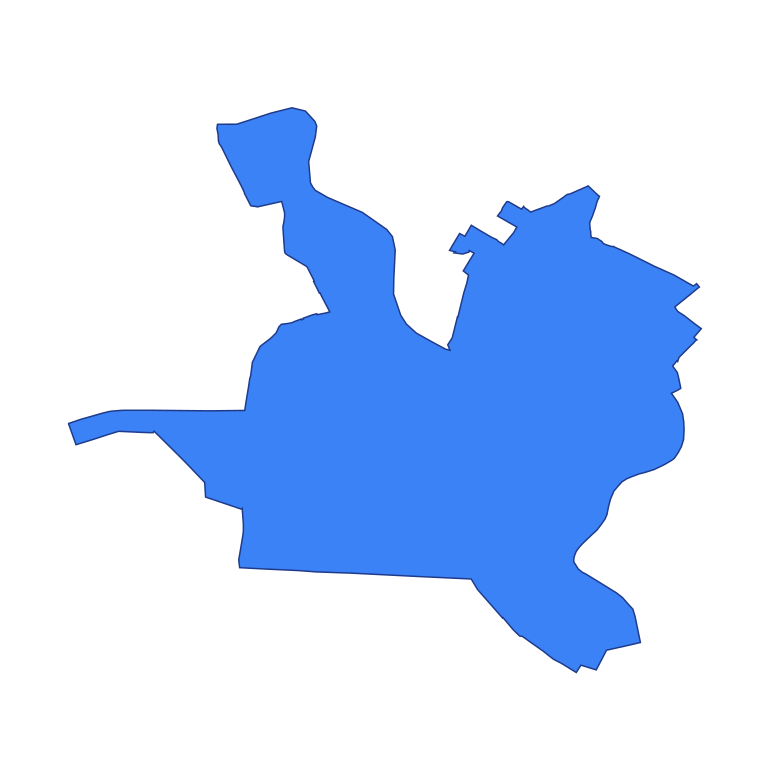 Lubāna, Lubanas, Latvia, rotated 97°
{"feature_id": "27541924B15535016955578", "entity_name": "Lubāna", "entity_type": "district", "adm_level": 2, "iso_a3": "LVA", "parent_name": "Latvia", "parent_adm1": "Lubanas", "projection": "albers", "projection_center": [26.715, 56.896], "detail": "fine", "context": "isolated", "style": "filled", "palette": "blue", "viewbox_px": 768, "rotation_deg": 97, "n_neighbors": 0, "source": "geoboundaries", "source_scale": "gbopen_adm2", "svg_char_len": 4723}
<svg xmlns="http://www.w3.org/2000/svg" viewBox="0 0 768 768"><g transform="rotate(97 384 384)"><path d="M146.5,580.9L150.6,581.0L156.5,579.1L163.1,577.9L165.6,576.8L168.8,574.0L187.2,562.0L198.8,553.9L205.7,549.2L211.0,545.9L211.7,545.8L223.0,538.2L223.4,537.7L223.5,531.9L223.7,531.4L215.3,507.8L225.8,503.7L228.5,503.2L232.2,503.0L238.3,503.3L239.5,503.5L242.2,503.2L263.7,499.0L265.2,498.6L266.0,498.2L266.5,497.7L267.9,495.2L276.4,475.9L277.3,474.5L290.4,465.7L290.8,466.4L301.7,459.2L301.4,458.6L305.0,456.3L315.8,448.8L319.0,446.6L320.6,450.4L323.4,458.8L322.5,459.2L323.9,463.1L328.6,472.3L329.4,471.9L330.4,473.7L329.6,474.1L332.7,480.1L334.6,483.3L336.0,488.2L337.2,493.1L340.1,495.3L342.1,495.9L344.2,496.5L345.4,497.0L346.7,497.5L347.6,498.2L348.5,498.9L349.6,499.8L350.8,500.7L353.4,503.0L360.3,510.1L362.1,511.7L369.2,514.1L378.6,517.3L385.4,517.3L392.4,517.4L395.0,517.9L403.1,518.1L412.3,518.5L422.5,518.9L425.1,518.9L427.3,519.0L427.6,521.8L430.4,542.7L431.9,553.8L438.8,614.9L441.8,639.1L442.5,643.1L444.2,651.3L445.0,654.1L445.5,655.2L446.2,657.1L447.3,660.0L455.8,680.2L461.6,692.2L462.2,692.1L481.4,682.5L481.8,682.3L473.1,663.0L468.1,652.4L463.3,641.6L461.7,620.6L460.8,610.0L460.4,607.2L458.9,606.4L479.7,579.5L486.2,571.2L499.2,555.3L499.5,555.0L503.5,550.0L518.0,547.3L525.6,510.3L524.7,509.6L539.7,506.6L546.8,505.7L550.9,505.6L571.1,506.5L576.2,506.8L583.9,504.9L582.0,477.5L580.2,454.3L579.5,444.5L579.5,443.7L578.8,429.2L578.8,428.9L576.3,399.8L575.8,395.3L575.8,394.6L570.8,325.4L566.9,273.7L576.7,266.0L601.9,237.7L601.4,237.4L612.0,226.0L617.6,218.7L617.7,215.8L623.1,205.9L628.4,196.0L629.5,193.9L630.7,191.9L634.1,186.4L636.7,181.9L639.5,174.2L646.5,158.9L646.9,158.0L639.1,154.3L639.2,153.6L641.9,138.5L621.1,130.7L612.5,106.6L609.3,98.0L584.1,106.5L577.1,109.6L572.8,114.7L566.9,121.3L563.0,127.8L548.3,159.8L546.6,164.4L544.0,168.6L540.4,171.5L537.5,174.0L534.0,174.3L530.8,173.9L526.7,172.8L523.0,170.8L518.4,167.6L513.5,163.6L508.6,159.6L503.1,154.9L497.0,151.3L491.0,148.1L486.4,146.8L478.3,146.2L470.8,145.2L462.3,142.8L457.2,139.5L452.0,135.8L448.5,131.6L445.8,126.8L442.3,120.2L439.8,113.8L435.9,105.3L429.4,95.3L424.7,89.2L422.6,86.9L416.7,83.8L409.9,81.2L402.8,79.9L392.6,80.6L384.9,81.9L377.3,84.0L366.4,90.2L358.2,97.6L356.1,94.4L354.0,91.2L352.1,88.9L342.0,92.3L339.4,93.3L336.8,94.3L331.0,99.7L328.2,97.9L325.3,96.2L325.6,95.7L325.9,95.3L321.6,94.4L308.4,84.1L305.5,81.7L302.7,79.9L302.4,79.4L302.1,78.9L301.6,79.7L301.0,80.6L300.5,81.3L300.0,82.1L299.6,81.9L291.3,76.4L290.4,75.8L286.2,83.3L279.3,94.8L277.8,98.0L276.3,101.1L276.1,101.4L275.8,101.7L274.7,102.6L273.6,103.5L272.8,104.1L272.1,104.7L271.8,104.5L271.5,104.2L266.7,99.6L261.9,94.9L260.1,93.2L258.3,91.4L258.1,91.2L257.9,91.0L255.4,88.7L252.9,86.3L251.5,85.0L250.1,83.6L249.7,83.2L249.3,82.8L247.8,84.4L246.3,86.0L249.1,88.7L246.2,95.8L240.4,109.7L234.1,130.3L230.3,140.9L225.4,154.8L224.9,156.2L223.2,161.6L223.1,161.9L222.0,165.4L220.1,171.7L219.5,172.7L219.6,173.5L219.8,174.8L218.9,179.6L218.1,182.8L217.0,184.3L216.1,185.0L215.9,185.2L214.7,187.9L214.3,188.6L213.8,189.4L213.5,190.5L213.4,194.0L213.3,196.2L212.6,196.4L209.0,197.3L208.6,197.2L207.8,197.3L205.7,198.1L201.2,199.1L199.4,199.4L197.9,199.3L196.8,199.0L194.6,198.3L190.4,197.2L186.9,196.5L184.0,195.8L182.3,195.5L180.1,195.2L178.4,195.0L175.4,194.3L173.3,193.5L172.4,193.3L171.4,193.0L170.6,194.6L169.6,195.9L168.8,197.0L168.0,198.1L166.9,199.5L165.9,200.9L164.2,203.2L162.5,205.5L164.2,208.2L165.8,211.0L167.1,213.1L168.3,215.2L170.6,219.0L172.8,222.8L173.6,225.4L176.5,228.4L181.0,233.4L184.2,236.9L187.4,242.7L187.5,243.5L187.6,244.2L188.9,246.6L193.8,256.2L195.0,258.3L195.5,259.2L193.0,263.8L191.6,266.4L190.7,267.0L192.3,268.0L193.7,268.8L187.9,282.6L188.0,284.3L193.0,287.0L194.6,287.8L198.1,288.6L199.8,289.8L201.6,290.8L203.4,291.8L212.0,271.3L214.8,272.5L217.7,273.6L229.0,280.8L229.6,281.2L231.4,282.1L230.7,283.1L228.7,287.6L226.9,290.0L226.0,292.9L225.0,295.8L222.6,301.3L221.5,303.9L220.4,306.5L218.1,311.6L215.8,316.7L217.2,317.3L225.9,321.0L227.0,321.5L227.5,321.7L227.2,322.4L226.0,325.9L225.4,327.3L225.9,327.5L238.7,333.2L243.4,335.2L244.1,329.4L245.3,330.5L245.4,321.7L242.7,315.7L241.1,315.7L243.2,310.6L244.0,310.9L250.3,313.8L262.1,319.1L264.3,315.5L265.6,313.4L268.7,313.7L273.8,314.1L283.7,315.9L308.5,318.8L308.4,319.3L329.8,321.9L337.3,325.5L342.5,322.6L341.9,327.2L336.4,341.3L329.6,358.0L321.8,369.1L313.7,375.8L293.5,385.5L278.4,387.1L249.6,389.2L236.7,393.6L230.3,400.1L216.3,426.4L205.8,462.5L200.1,475.9L197.1,478.8L193.3,481.5L172.3,485.9L147.5,482.3L136.3,482.2L131.9,484.5L122.7,495.2L122.2,499.1L121.1,509.1L129.0,529.5L144.1,561.8L146.5,580.9Z" fill="#3b82f6" stroke="#1e3a8a" stroke-width="1.5"/></g></svg>